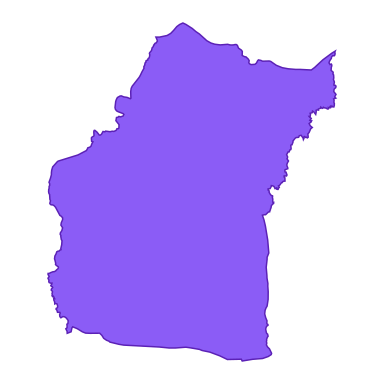 outline of Bar Kaev, Rôtânôkiri, Cambodia
{"feature_id": "14789045B1081275636897", "entity_name": "Bar Kaev", "entity_type": "district", "adm_level": 2, "iso_a3": "KHM", "parent_name": "Cambodia", "parent_adm1": "Rôtânôkiri", "projection": "natural_earth1", "projection_center": [107.211, 13.715], "detail": "fine", "context": "isolated", "style": "filled", "palette": "violet", "viewbox_px": 384, "rotation_deg": 0, "n_neighbors": 0, "source": "geoboundaries", "source_scale": "gbopen_adm2", "svg_char_len": 5860}
<svg xmlns="http://www.w3.org/2000/svg" viewBox="0 0 384 384"><path d="M155.9,37.1L157.0,39.6L157.4,41.1L156.1,43.0L155.3,43.1L154.5,44.0L154.4,44.7L153.7,45.0L153.3,46.6L152.2,47.7L151.5,50.5L149.6,52.8L149.4,53.6L149.8,54.9L149.4,57.1L149.0,58.0L148.4,58.3L147.8,59.2L147.8,60.0L146.2,60.6L145.9,61.2L146.0,62.0L145.1,62.9L144.6,65.5L144.1,66.1L143.8,66.9L144.0,68.2L141.8,72.2L140.5,75.0L139.2,77.3L132.2,86.2L131.2,88.3L130.7,91.6L130.9,98.2L130.3,98.7L127.1,97.4L123.8,96.9L121.4,95.9L120.1,96.0L117.4,97.5L116.4,99.4L115.7,101.4L115.2,105.8L115.0,107.5L115.4,109.3L116.6,110.9L118.1,111.7L123.1,113.6L123.9,114.4L123.0,116.1L120.4,116.9L118.9,116.4L118.0,117.2L116.5,117.5L115.9,120.7L119.0,124.6L118.9,127.9L118.4,128.6L117.0,128.7L116.3,130.1L115.7,130.6L113.9,131.4L112.2,131.2L110.1,131.7L105.6,131.1L104.9,131.8L103.0,131.5L101.5,134.2L100.5,135.0L99.3,135.1L97.1,132.2L94.8,130.3L94.1,130.5L93.8,131.8L94.0,135.5L93.7,136.1L92.0,137.1L91.5,137.6L91.4,138.5L91.6,141.3L92.9,141.8L91.7,144.1L91.1,146.0L90.1,147.0L87.7,147.9L87.3,149.1L86.3,150.6L77.8,155.0L58.5,161.0L57.5,161.5L52.7,166.9L51.7,170.2L51.4,172.7L51.4,174.7L50.4,178.4L49.0,182.3L49.6,183.6L49.7,185.2L49.1,186.5L49.1,188.4L48.7,189.4L48.6,191.9L49.0,193.6L49.6,194.5L49.9,199.4L50.5,200.8L49.8,203.3L50.1,204.0L51.0,204.8L52.6,204.9L53.9,205.5L55.5,207.2L59.9,215.4L61.2,216.2L62.6,217.8L62.6,219.7L61.3,222.7L60.9,225.1L62.6,227.8L61.9,230.5L60.3,233.0L60.2,234.4L60.9,235.6L60.8,236.5L61.3,239.5L62.0,240.7L61.7,244.7L60.8,248.6L61.0,249.7L59.8,250.2L59.0,251.1L57.8,251.2L56.8,251.8L56.0,254.0L54.9,256.0L54.5,258.9L54.8,259.6L55.7,263.3L55.5,264.5L56.4,265.5L58.3,266.8L58.4,267.7L57.9,268.8L56.5,269.9L55.7,270.9L54.4,271.6L52.8,271.8L50.7,272.6L49.2,273.4L48.1,273.4L48.0,274.4L49.2,276.6L48.3,277.6L48.0,278.4L48.9,280.1L48.8,281.8L49.2,282.6L51.1,283.3L51.9,283.1L51.9,283.9L50.8,285.6L51.3,286.3L52.3,286.6L52.7,287.6L51.4,289.0L51.2,290.1L52.3,291.2L52.5,291.9L52.0,293.7L52.3,294.7L52.0,295.7L52.6,296.6L53.4,296.2L54.6,298.6L53.7,298.5L53.9,300.3L54.6,301.7L54.8,303.9L55.4,303.5L57.0,303.9L57.6,305.8L57.6,307.2L56.9,308.1L56.2,308.4L56.0,309.1L56.9,310.2L57.5,312.3L59.9,312.4L60.2,313.2L59.6,314.7L59.9,316.7L60.9,317.8L62.8,316.6L64.6,316.8L66.4,318.1L68.2,320.6L67.9,323.6L66.9,324.2L67.1,326.3L67.0,327.8L65.8,328.8L67.1,331.3L67.2,333.3L71.1,331.8L71.9,328.0L72.7,326.8L77.3,328.7L82.3,331.8L85.6,333.1L90.1,333.3L99.7,333.2L101.9,335.4L103.7,338.3L106.6,340.3L108.8,341.1L109.9,342.1L118.9,344.3L123.7,345.1L159.2,347.0L169.3,348.0L175.2,348.0L185.8,347.2L190.2,347.8L199.5,349.4L202.1,350.5L209.8,352.1L219.7,355.8L227.4,359.5L241.3,359.2L242.2,361.0L252.6,359.3L262.6,358.5L268.3,356.5L271.2,354.6L271.6,353.3L269.5,348.9L267.6,347.0L266.4,344.9L266.8,343.0L266.4,341.9L266.7,340.4L266.6,339.3L267.4,337.2L268.1,336.2L267.6,334.1L266.7,333.4L266.3,332.3L265.7,329.2L266.0,327.7L266.6,326.3L268.0,325.3L267.9,324.4L267.0,323.9L266.8,323.2L267.0,320.8L265.7,317.7L264.7,313.9L265.1,310.3L266.0,308.0L267.1,306.1L268.1,299.5L268.2,291.8L267.8,286.1L267.9,283.5L267.0,278.1L266.9,275.3L266.2,267.3L267.1,259.3L267.1,257.3L268.8,253.0L267.7,240.0L265.4,226.0L264.0,220.0L262.4,215.2L264.4,214.7L265.6,214.7L268.4,212.0L269.7,211.8L269.9,210.6L270.4,209.9L270.4,209.1L271.0,207.9L271.4,205.6L272.8,204.0L273.6,203.5L273.7,202.3L272.9,202.4L272.7,201.3L272.8,199.0L272.4,197.6L272.6,196.7L272.5,195.8L271.5,195.6L270.3,194.3L269.2,192.5L269.1,190.9L268.7,190.3L268.1,190.0L268.1,188.9L270.1,188.6L271.3,186.4L271.3,185.6L272.3,185.7L274.0,186.4L275.0,188.6L276.7,187.9L276.6,189.1L277.3,189.4L278.1,189.4L278.4,188.3L279.3,187.4L278.5,185.8L279.5,185.4L281.6,182.6L282.2,182.6L282.7,181.8L283.3,181.3L285.0,181.1L284.9,177.8L284.1,177.0L284.2,175.9L286.5,176.0L287.0,175.0L286.0,172.1L285.1,172.0L284.8,170.8L285.1,169.7L287.8,168.7L287.8,167.9L287.1,166.2L286.8,164.8L287.4,162.9L288.5,161.0L287.0,158.8L287.5,157.8L287.6,156.8L286.6,154.7L288.1,151.9L289.1,151.9L289.9,149.9L290.8,149.6L291.1,148.6L290.8,145.4L291.3,144.8L292.0,144.8L293.0,142.1L293.0,141.0L295.2,138.2L296.0,137.6L298.6,137.3L299.3,135.7L301.1,135.3L303.1,138.1L303.4,139.5L304.0,138.3L303.7,137.6L304.1,136.6L304.7,136.5L305.2,137.2L305.9,137.5L306.4,137.2L307.3,137.9L308.2,137.2L307.9,133.9L309.1,132.5L310.7,128.8L312.3,127.5L310.2,125.7L309.1,123.5L311.1,122.0L311.6,120.8L310.7,120.9L309.8,120.3L311.3,118.6L310.9,118.0L309.9,117.5L309.1,116.4L310.2,116.4L310.5,114.4L310.1,113.3L312.2,112.7L312.5,111.1L313.7,111.8L315.7,114.4L316.2,111.9L316.1,110.3L317.2,109.9L318.5,110.1L318.4,109.0L320.4,108.3L320.8,107.1L322.1,108.4L323.1,108.0L323.4,107.3L324.6,107.9L326.4,108.2L327.3,109.0L328.2,109.0L328.8,108.4L328.4,107.5L329.3,107.6L330.3,106.3L330.8,107.5L331.9,106.0L332.7,106.9L333.9,106.9L334.4,104.9L334.2,104.0L334.4,103.4L333.9,102.4L334.1,100.3L333.6,98.9L335.8,98.1L334.9,97.4L334.8,96.7L336.0,94.4L333.8,91.6L334.0,89.7L334.4,88.8L335.7,87.7L336.0,86.5L335.8,85.8L335.2,85.3L334.1,85.3L333.9,84.6L334.4,82.1L333.4,79.2L333.8,78.1L333.6,74.9L332.9,73.9L333.2,72.9L333.0,72.0L331.1,70.4L331.3,67.4L331.8,65.8L331.7,64.7L331.2,64.0L330.1,64.6L329.0,62.9L329.4,61.5L330.5,59.5L331.3,58.6L331.6,56.9L332.6,55.7L334.2,55.8L334.9,54.9L335.1,53.1L334.7,52.4L335.2,51.1L331.8,53.2L322.9,59.8L314.6,67.5L311.3,70.0L299.9,69.4L295.5,69.4L288.3,68.8L282.3,67.7L276.3,65.3L270.7,61.4L269.2,61.0L262.6,61.2L260.9,60.4L258.4,59.9L257.6,60.8L256.4,63.1L255.0,64.3L251.0,64.6L249.4,63.7L248.8,62.6L249.2,60.7L248.3,59.1L246.0,56.9L244.6,56.7L242.2,55.5L242.3,51.4L241.4,50.1L238.5,48.1L237.4,45.4L236.5,44.6L235.2,44.5L233.5,44.9L231.6,45.0L229.9,44.9L227.7,44.3L220.2,44.9L214.7,44.2L210.9,43.0L206.8,40.7L199.3,33.9L195.9,31.6L192.3,28.5L185.9,24.4L182.9,23.0L179.6,24.5L176.8,26.6L173.6,30.4L170.7,33.4L167.1,35.5L159.5,37.1L155.9,37.1Z" fill="#8b5cf6" stroke="#5b21b6" stroke-width="1.5"/></svg>